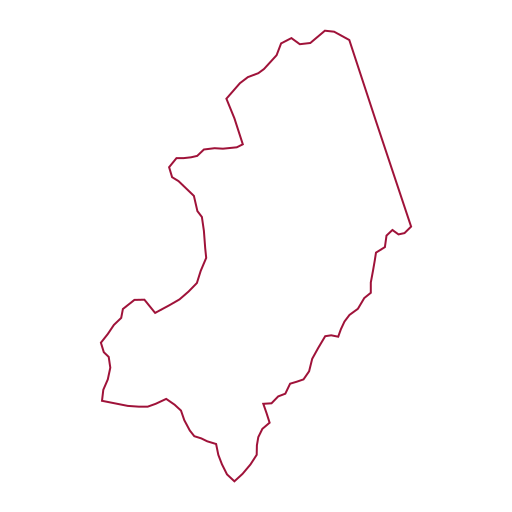 outline of Vieirópolis, Paraíba, Brazil
{"feature_id": "56859067B9721809785245", "entity_name": "Vieirópolis", "entity_type": "district", "adm_level": 2, "iso_a3": "BRA", "parent_name": "Brazil", "parent_adm1": "Paraíba", "projection": "equal_earth", "projection_center": [-38.281, -6.562], "detail": "fine", "context": "isolated", "style": "outline", "palette": "rose", "viewbox_px": 512, "rotation_deg": 0, "n_neighbors": 0, "source": "geoboundaries", "source_scale": "gbopen_adm2", "svg_char_len": 1397}
<svg xmlns="http://www.w3.org/2000/svg" viewBox="0 0 512 512"><path d="M226.4,98.7L234.4,118.3L242.8,144.3L236.8,147.3L222.9,148.7L214.6,148.2L203.9,149.5L197.2,155.9L191.0,157.3L183.9,158.1L176.5,158.1L169.1,167.2L172.1,177.2L178.5,181.1L193.9,195.9L197.4,211.1L201.9,217.0L203.9,230.9L205.2,248.2L206.2,257.9L200.7,270.9L196.9,283.0L188.5,291.6L179.5,299.4L168.9,305.5L155.1,312.9L144.4,299.7L134.4,299.9L122.9,309.0L121.2,317.9L113.9,324.9L107.8,334.0L100.9,342.7L103.8,352.2L108.7,356.9L110.3,367.7L107.8,379.4L103.3,389.8L102.0,400.8L127.8,405.9L139.3,406.7L147.6,406.7L155.7,403.8L166.2,398.9L174.6,404.7L181.0,410.6L184.3,420.2L189.8,430.5L194.3,436.2L201.3,438.4L207.2,441.3L216.1,444.0L218.3,454.8L221.9,464.2L227.0,474.4L234.4,481.3L242.5,473.9L250.5,464.4L256.7,454.8L256.9,445.3L258.3,437.1L262.4,428.8L269.6,422.7L266.6,413.3L263.3,403.8L271.5,403.3L278.2,396.4L285.3,393.7L290.1,383.7L296.8,381.7L303.5,379.4L309.1,371.3L312.2,358.8L318.3,347.8L325.2,336.2L331.2,335.3L338.2,336.7L340.9,329.2L344.5,321.5L349.5,314.9L357.9,308.8L364.3,298.0L370.8,292.8L370.8,282.5L373.0,270.7L374.7,260.9L376.0,252.6L384.9,247.1L386.5,235.6L392.4,230.0L398.5,234.4L404.5,233.1L411.1,226.6L376.2,121.9L349.3,40.0L334.1,31.7L324.9,30.7L310.3,43.0L299.8,44.2L291.4,38.1L281.1,43.4L276.6,55.2L264.0,69.0L258.3,73.2L247.9,77.1L239.9,83.2L226.4,98.7Z" fill="none" stroke="#9f1239" stroke-width="2"/></svg>